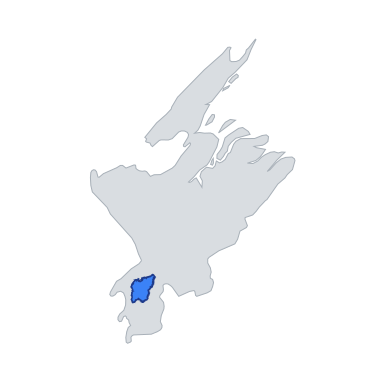 Rangpur, Rangpur, Bangladesh (highlighted), rotated 230°
{"feature_id": "16705992B34260815515495", "entity_name": "Rangpur", "entity_type": "district", "adm_level": 2, "iso_a3": "BGD", "parent_name": "Bangladesh", "parent_adm1": "Rangpur", "projection": "equal_earth", "projection_center": [89.232, 25.633], "detail": "fine", "context": "in_parent", "style": "filled", "palette": "blue", "viewbox_px": 384, "rotation_deg": 230, "n_neighbors": 0, "source": "geoboundaries", "source_scale": "gbopen_adm2", "svg_char_len": 8393}
<svg xmlns="http://www.w3.org/2000/svg" viewBox="0 0 384 384"><g transform="rotate(230 192 192)"><path d="M143.0,272.1L142.9,262.8L138.0,244.5L138.2,242.6L137.2,233.8L136.0,228.9L135.4,223.7L138.3,216.3L137.1,215.1L130.6,212.8L129.8,210.9L131.2,203.6L126.5,196.6L124.7,191.5L129.7,174.8L131.0,163.2L130.6,161.0L127.5,158.4L122.1,157.3L118.3,155.2L116.0,151.9L114.1,150.6L111.8,151.6L108.8,150.3L106.3,147.0L104.2,143.1L105.0,138.8L109.0,128.6L110.5,128.3L113.9,130.2L115.2,130.2L117.4,126.2L120.6,114.8L131.6,115.7L134.2,115.4L137.0,114.5L138.5,113.0L139.3,111.2L139.0,109.6L135.6,107.4L134.3,105.8L133.4,101.2L132.4,99.5L125.8,99.3L122.4,97.2L120.5,95.3L117.1,89.0L113.0,84.4L109.0,83.3L107.5,81.8L106.7,79.5L107.2,76.0L109.2,69.5L120.1,55.3L120.4,53.7L120.0,51.9L116.8,49.6L116.6,48.5L117.5,45.5L119.3,45.1L123.1,47.8L126.9,52.2L129.2,56.1L129.2,59.2L132.2,59.8L134.7,61.2L137.3,60.7L138.9,61.5L140.0,61.2L140.5,59.5L138.3,55.0L139.3,53.1L141.8,53.2L143.7,54.9L145.0,58.3L145.2,63.7L148.1,68.5L152.0,72.0L155.0,73.5L158.7,74.7L161.8,73.6L163.4,70.2L162.7,67.2L163.1,64.5L164.4,63.0L166.3,63.1L167.8,65.2L172.1,76.8L171.2,81.9L172.2,96.0L171.1,105.3L171.8,108.9L172.5,109.5L179.0,111.2L188.3,114.9L195.4,116.3L227.6,115.3L234.7,117.1L256.1,115.7L262.0,118.7L268.4,123.5L272.0,127.1L272.7,129.2L272.3,130.9L271.1,131.9L268.9,131.9L263.9,129.6L263.0,130.3L263.0,135.9L259.0,149.9L258.4,154.2L257.0,155.9L252.8,156.8L250.0,165.0L248.8,166.0L246.0,164.2L244.3,164.5L242.1,165.3L239.9,167.2L238.4,169.5L236.7,170.3L230.7,170.2L229.6,174.0L225.6,179.0L223.0,192.2L223.2,196.2L226.6,206.8L229.0,220.5L229.9,221.9L231.1,222.0L231.1,215.7L232.2,214.9L233.6,215.6L236.5,224.1L238.1,226.2L240.6,226.8L243.5,225.5L245.6,223.1L246.5,220.4L245.6,211.1L247.0,207.4L251.8,201.8L252.5,200.1L252.2,190.9L254.0,190.6L256.5,191.3L259.6,189.1L260.6,189.0L261.9,191.4L264.2,191.0L267.7,209.3L268.0,222.2L268.9,229.4L270.1,231.0L273.9,241.8L277.7,279.9L278.3,304.1L279.8,312.4L278.6,314.2L277.4,314.6L276.3,311.7L268.3,305.5L266.3,306.2L263.6,309.7L262.5,313.1L263.1,317.7L264.0,322.3L265.9,324.9L266.0,327.9L268.3,338.8L267.6,338.9L263.2,328.9L257.9,319.1L256.0,301.6L255.9,293.0L252.2,282.8L248.7,265.2L250.1,258.9L247.6,261.6L243.6,251.0L237.3,240.7L235.5,236.1L235.4,231.7L232.7,236.1L229.1,239.3L225.4,244.0L222.9,245.5L215.1,246.3L210.5,240.0L204.0,224.5L203.1,221.0L203.9,211.9L202.4,203.3L201.9,195.7L200.8,196.4L200.3,198.4L200.6,201.6L200.1,204.3L189.2,202.6L193.9,207.1L198.9,208.2L201.5,212.2L201.7,219.0L196.8,223.0L197.2,226.5L200.1,230.6L196.6,231.8L195.7,234.5L195.6,238.4L198.1,244.4L197.6,246.8L201.8,254.6L202.6,258.3L201.6,263.6L192.7,274.4L190.2,282.0L188.0,285.6L185.2,286.2L181.9,282.6L181.8,278.9L182.5,276.0L187.1,268.8L184.6,269.8L177.4,275.7L176.0,270.9L175.1,266.5L175.1,261.1L178.5,253.0L174.6,257.0L173.5,262.1L174.0,268.0L173.5,272.2L172.0,277.7L169.9,281.0L166.5,283.1L165.0,286.4L162.7,288.8L161.9,277.7L159.4,262.8L158.9,266.0L160.2,275.2L160.1,281.2L158.3,286.0L154.5,291.1L151.6,291.8L149.9,291.1L144.6,283.4L144.1,276.1L143.0,272.1ZM208.8,272.3L202.2,274.1L198.8,273.5L205.0,260.1L204.8,254.1L203.8,249.2L200.6,245.3L200.4,242.5L199.0,238.7L198.2,234.2L201.8,232.7L204.6,235.3L205.7,240.4L207.1,244.2L212.2,252.1L212.1,256.9L210.8,268.7L208.8,272.3ZM223.0,267.9L219.0,271.5L220.2,250.3L223.2,258.2L224.0,262.4L223.0,267.9ZM238.4,257.3L236.7,258.8L235.0,257.5L232.9,252.5L233.9,246.2L234.5,245.3L237.1,251.8L238.4,257.3ZM253.7,302.0L251.4,302.3L250.2,300.8L250.7,298.6L250.1,291.8L253.0,291.1L254.1,296.8L253.7,302.0ZM251.0,282.8L249.3,289.6L248.6,286.6L249.8,280.6L251.0,282.8ZM203.5,227.7L204.1,229.9L200.4,227.0L199.4,225.0L201.1,224.0L203.5,227.7Z" fill="#d9dde1" stroke="#a8b0b8" stroke-width="1"/><path d="M151.7,109.1L151.9,109.1L152.0,109.0L152.9,109.2L153.1,109.0L153.4,109.1L153.5,109.0L153.7,108.9L154.0,108.9L154.2,108.6L154.1,108.1L154.0,108.3L153.8,108.4L153.6,108.0L153.9,107.7L154.2,107.7L154.2,107.3L153.9,107.3L153.9,107.0L154.1,106.5L154.0,106.1L154.0,105.7L154.5,105.4L154.3,105.1L154.5,104.8L154.9,104.6L154.9,104.3L155.0,104.2L154.9,103.9L155.3,103.7L155.3,103.2L155.5,103.1L155.4,103.0L155.4,102.9L155.5,102.9L155.6,102.6L155.4,102.5L155.5,102.1L155.4,101.9L155.9,102.0L156.2,100.8L156.4,100.9L156.5,100.7L156.8,100.9L156.9,100.6L157.1,100.5L157.2,100.2L157.3,100.3L157.5,99.7L157.8,99.6L157.7,99.0L157.9,98.8L157.7,98.7L157.7,98.4L158.1,98.1L157.9,97.9L157.8,98.1L157.5,98.0L157.5,97.8L157.8,97.7L157.6,97.7L157.6,97.1L157.5,97.4L157.3,97.4L157.3,97.2L157.2,97.2L156.9,97.6L156.8,97.3L156.6,97.2L156.4,97.4L156.3,97.1L156.6,96.9L156.4,96.9L156.4,96.6L156.7,96.5L156.6,96.4L156.4,96.5L156.5,96.4L156.5,95.5L156.7,95.2L156.7,94.6L157.4,94.6L157.5,94.4L157.6,94.5L157.8,94.8L158.0,94.5L158.2,94.4L158.4,94.4L158.4,94.2L158.6,94.3L158.6,94.1L158.8,94.2L159.0,94.1L158.9,94.4L159.4,94.8L159.5,95.2L159.8,95.1L159.7,95.0L159.9,94.7L159.6,94.5L159.5,94.0L159.7,93.2L159.9,93.2L160.0,93.5L160.1,93.4L159.8,92.9L160.1,93.0L160.3,93.1L160.8,92.8L160.8,92.7L160.7,92.5L160.8,92.3L161.3,91.5L161.2,91.5L161.1,91.2L161.1,91.5L160.9,91.4L160.7,91.8L160.7,91.0L160.7,89.8L160.7,89.6L160.5,89.4L160.5,89.0L160.5,88.6L160.3,88.1L159.8,88.3L159.6,88.3L159.4,87.6L159.9,87.4L160.0,86.6L159.7,86.4L159.4,86.2L159.2,86.3L159.1,86.0L159.2,85.8L158.8,85.1L158.8,84.9L158.7,84.9L158.5,84.6L158.4,84.7L158.1,84.5L157.9,84.7L157.3,84.5L157.3,84.2L156.9,84.3L156.5,84.1L155.6,84.0L155.1,83.4L155.1,83.0L154.9,83.0L154.7,83.1L154.4,82.8L154.2,82.9L154.3,82.6L154.2,82.5L154.0,82.3L153.9,82.3L153.7,82.0L153.7,81.4L153.5,81.1L153.0,81.0L152.9,80.7L152.6,80.6L152.6,80.3L152.1,79.9L152.0,79.4L151.9,79.3L151.7,79.1L151.4,79.3L151.1,79.4L150.9,79.0L150.6,79.0L150.4,78.8L150.0,78.6L149.5,78.0L149.5,77.7L149.4,77.9L149.1,77.5L149.1,77.2L148.8,76.9L148.7,76.6L148.4,76.7L147.9,76.2L147.6,76.3L147.0,76.2L146.5,75.6L146.2,75.7L145.8,75.8L145.6,75.5L145.3,75.5L145.2,75.6L145.2,76.0L145.0,76.6L145.0,76.9L144.7,77.1L144.9,77.2L145.0,77.1L144.9,77.5L145.0,77.5L144.9,78.0L145.0,78.2L144.8,78.6L144.9,79.0L145.0,78.9L145.1,79.0L145.3,79.6L145.5,79.6L145.5,79.8L145.0,80.1L145.0,80.5L144.8,80.8L144.9,81.3L144.4,81.6L144.4,82.3L144.6,82.5L144.2,82.6L144.2,82.3L143.5,82.2L143.4,82.3L143.2,82.5L143.0,82.8L143.0,83.0L142.7,83.3L142.8,83.1L142.6,83.1L142.4,83.0L141.7,83.1L141.6,82.9L141.4,83.2L141.2,83.1L141.3,83.3L141.0,83.3L140.8,83.2L140.6,83.5L140.1,83.5L139.8,83.2L139.5,83.2L139.4,83.4L139.2,83.4L139.0,83.6L139.0,83.8L139.3,83.7L139.4,83.8L139.5,84.2L139.6,84.3L139.4,84.5L139.7,84.6L139.5,84.9L139.5,85.0L139.2,85.0L139.2,85.3L139.1,85.2L139.0,85.5L138.9,85.7L138.9,85.8L139.1,85.9L139.0,86.0L139.1,86.3L139.3,86.3L139.4,86.8L139.2,87.0L139.2,86.8L138.9,87.3L139.1,87.4L139.1,87.6L138.5,87.9L138.6,88.2L138.5,88.4L138.9,89.4L138.8,89.5L138.9,89.8L139.3,89.9L139.4,90.0L139.6,89.8L139.8,89.8L139.9,90.3L140.3,90.4L140.1,90.9L140.2,91.1L140.4,91.1L140.8,90.9L141.0,91.1L141.1,91.3L141.2,91.5L140.9,91.6L140.9,91.8L141.1,92.0L141.2,92.3L141.1,92.7L141.2,92.9L141.1,93.0L141.3,93.1L141.5,93.0L141.5,93.3L141.6,93.5L141.7,93.9L142.0,93.8L142.2,93.7L142.4,93.9L142.6,93.8L142.8,94.1L142.9,94.4L142.8,94.6L142.8,94.8L143.1,94.7L143.3,94.6L144.0,94.8L144.1,95.1L144.8,95.6L145.0,95.5L145.0,95.8L144.6,96.7L144.9,96.8L144.9,97.2L145.1,97.3L145.0,97.6L145.1,98.0L145.3,98.3L145.1,98.3L145.2,98.6L145.3,98.4L145.4,98.7L145.1,98.6L145.3,98.7L145.3,98.9L145.1,99.0L145.0,99.3L145.1,99.5L145.0,99.8L145.3,99.8L145.3,100.0L145.1,100.3L145.1,100.5L145.4,100.5L145.5,101.0L145.6,100.9L145.7,100.7L145.8,100.6L145.7,101.0L145.8,101.0L146.0,101.1L145.7,101.1L145.5,101.3L145.7,101.6L145.8,101.5L146.0,101.8L146.0,101.6L146.3,101.7L146.1,102.0L146.3,102.1L146.7,102.4L146.8,102.8L146.7,103.2L146.8,103.4L146.6,103.5L146.3,103.3L146.3,103.5L146.7,103.7L146.9,103.6L147.1,103.9L146.9,103.8L147.1,104.0L147.2,103.8L147.3,104.1L147.6,103.8L147.8,104.0L148.1,104.3L148.2,104.8L148.4,104.6L148.7,104.6L148.7,104.4L148.8,104.5L148.9,104.8L149.2,105.1L149.3,105.3L149.1,105.7L148.9,105.7L149.0,105.9L149.6,105.9L149.6,106.0L149.8,106.1L149.8,105.8L150.0,105.8L150.1,106.2L149.9,106.3L149.9,106.5L150.1,106.6L150.4,106.5L149.9,106.8L150.1,107.0L149.8,106.9L149.8,106.7L149.5,107.5L149.8,107.2L150.0,107.5L150.4,107.4L150.3,107.6L150.0,107.8L150.1,108.2L150.7,108.3L150.9,108.0L151.0,108.0L150.8,108.6L151.1,108.5L151.3,108.8L151.8,109.0L151.7,109.1Z" fill="#3b82f6" stroke="#1e3a8a" stroke-width="1.5"/></g></svg>